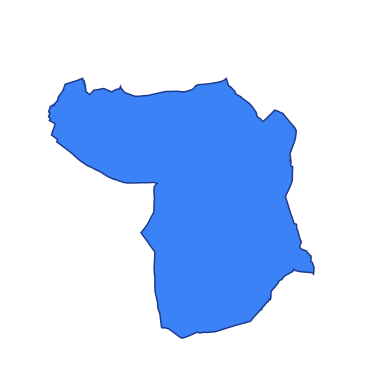 Ozolaines pag., Rezeknes, Latvia (Robinson projection), rotated 253°
{"feature_id": "27541924B10395676921147", "entity_name": "Ozolaines pag.", "entity_type": "district", "adm_level": 2, "iso_a3": "LVA", "parent_name": "Latvia", "parent_adm1": "Rezeknes", "projection": "robinson", "projection_center": [27.268, 56.437], "detail": "fine", "context": "isolated", "style": "filled", "palette": "blue", "viewbox_px": 384, "rotation_deg": 253, "n_neighbors": 0, "source": "geoboundaries", "source_scale": "gbopen_adm2", "svg_char_len": 5612}
<svg xmlns="http://www.w3.org/2000/svg" viewBox="0 0 384 384"><g transform="rotate(253 192 192)"><path d="M279.5,77.3L279.4,77.5L271.7,83.0L271.3,83.4L271.1,83.5L270.7,83.7L267.7,85.9L261.3,90.3L261.1,90.0L259.1,91.4L255.9,93.3L254.0,94.7L249.4,98.3L246.7,100.8L245.2,102.8L241.6,106.4L236.0,112.4L235.6,112.3L233.7,113.9L231.6,115.8L229.7,117.9L227.0,121.1L227.4,121.3L226.6,122.2L226.0,122.9L224.4,124.8L223.7,125.9L222.9,127.1L221.8,128.4L219.8,132.0L217.9,138.1L217.7,139.0L217.1,140.9L216.8,142.1L215.9,145.4L214.9,148.8L213.9,152.2L212.3,158.4L210.5,160.9L210.4,161.1L210.3,160.8L209.8,160.2L209.6,159.7L209.2,158.9L208.9,158.4L208.5,157.9L208.1,157.5L207.5,157.3L206.1,156.6L205.1,156.2L202.5,155.5L200.7,155.0L197.5,154.4L196.3,154.0L195.5,153.7L195.0,153.5L193.4,152.8L192.2,152.4L189.2,151.4L186.0,150.3L184.5,149.8L183.8,149.5L181.7,147.4L179.8,145.5L175.0,140.8L174.0,139.7L172.7,138.1L171.1,135.9L169.1,133.0L168.0,131.3L158.5,134.6L152.3,136.6L145.5,139.0L136.3,135.7L130.0,133.4L127.3,132.7L121.1,131.5L120.8,131.5L117.3,130.3L107.6,127.6L101.3,127.1L97.1,126.9L95.2,126.4L91.1,125.4L86.2,125.7L83.3,125.4L71.6,123.3L70.7,124.1L70.4,124.3L70.6,125.4L68.4,129.0L68.0,129.7L58.0,137.1L57.0,137.8L55.1,139.7L55.1,144.2L55.6,149.1L56.5,156.5L55.4,157.3L54.4,160.4L54.6,161.0L54.8,161.6L53.4,164.9L51.6,173.6L51.7,187.5L51.7,194.9L51.3,210.2L54.3,214.5L56.4,218.1L59.1,222.8L59.3,223.1L59.2,223.6L59.0,224.0L59.2,224.3L59.5,224.5L60.2,224.7L60.4,224.9L60.7,225.4L61.9,227.1L62.2,227.6L62.1,227.8L63.6,229.9L64.1,230.7L65.2,232.9L65.2,233.0L66.5,234.3L66.9,234.4L66.1,234.8L66.6,235.8L68.1,236.6L71.2,237.6L72.5,238.1L74.0,238.8L75.7,241.5L76.2,242.5L77.7,244.9L77.9,245.0L80.2,248.2L80.3,248.3L80.5,248.4L81.7,249.4L82.1,252.3L84.1,255.1L85.0,257.2L85.6,261.1L85.9,262.0L86.4,263.7L86.5,265.2L88.3,266.5L87.3,267.6L86.7,267.8L86.5,268.1L86.3,268.5L84.2,272.1L83.7,273.4L83.4,274.2L83.0,275.1L80.7,280.9L80.3,282.1L79.5,283.2L79.2,283.6L78.0,284.2L78.7,284.5L81.4,285.6L81.6,285.6L82.3,286.0L84.6,286.7L87.2,286.5L89.5,286.4L90.9,285.2L92.1,285.7L92.4,285.9L92.8,286.3L93.0,286.4L93.3,286.4L93.9,286.3L94.2,286.4L95.1,286.9L95.4,287.0L95.8,287.1L96.0,287.1L96.8,286.5L101.0,284.3L101.9,284.5L102.2,284.1L104.6,281.1L105.5,279.8L105.9,279.6L107.3,279.0L107.6,279.1L108.1,279.2L109.6,279.8L110.1,280.2L111.3,281.2L112.1,281.9L115.7,281.5L121.3,281.7L124.4,281.8L124.8,281.7L125.8,281.5L126.5,281.5L128.1,281.9L130.2,282.4L130.8,282.3L131.9,280.5L132.9,280.4L139.3,280.3L143.5,280.0L144.6,280.1L148.4,280.0L154.3,280.1L160.2,280.0L161.0,280.6L161.8,281.2L166.5,285.6L167.2,286.2L169.3,288.0L170.9,289.3L173.6,291.2L176.7,292.3L178.6,292.8L186.7,295.6L186.9,295.6L186.9,295.2L187.1,294.8L188.1,294.4L188.7,294.2L189.1,294.1L189.4,294.3L190.7,295.2L190.9,295.3L191.2,295.3L192.7,295.2L193.2,295.0L193.4,295.0L193.8,295.1L194.0,295.2L194.1,295.5L193.6,295.8L196.7,296.4L200.0,296.9L200.8,297.5L202.0,298.5L204.6,300.4L210.0,304.6L213.5,306.8L217.1,308.4L220.2,309.7L220.6,309.6L220.9,309.5L221.5,309.3L222.6,309.3L222.6,309.2L223.3,308.9L223.8,308.9L224.5,308.6L228.5,306.8L235.9,303.7L240.8,301.7L241.8,300.2L244.1,297.9L246.2,295.1L242.9,289.2L241.7,286.5L241.2,286.1L238.6,280.5L242.5,278.4L243.8,277.2L245.4,276.3L249.2,276.7L255.7,274.7L259.7,272.9L261.3,271.8L268.1,266.6L268.5,266.8L272.8,262.5L274.7,262.6L276.2,262.0L276.3,262.1L276.5,262.0L277.3,261.5L280.4,260.1L281.9,259.3L282.5,258.0L284.7,258.0L290.1,257.9L290.6,257.8L290.0,256.8L289.8,256.4L289.5,255.2L289.3,254.3L289.2,253.7L289.2,252.3L289.2,250.7L289.3,249.8L289.5,247.1L290.1,243.5L290.3,241.7L290.8,238.5L291.8,233.7L292.4,230.9L292.8,229.2L292.5,226.4L292.1,226.2L291.8,225.8L290.8,224.1L290.5,223.5L290.2,222.9L290.1,222.4L290.0,222.1L289.9,221.6L289.9,220.7L289.9,217.6L289.8,217.2L289.9,215.5L290.4,212.9L290.8,211.7L292.5,207.5L293.1,205.9L293.3,205.2L293.4,204.7L293.9,202.9L295.8,196.3L296.1,193.1L296.1,192.8L296.2,191.5L296.4,188.5L297.0,180.5L297.1,178.1L297.7,176.0L298.6,172.0L298.8,170.1L299.2,169.1L299.9,166.4L300.2,165.7L300.4,165.1L303.1,161.6L304.4,159.9L305.9,157.7L307.7,156.2L310.2,155.4L311.3,154.8L311.7,154.7L312.9,154.5L313.8,154.5L313.1,153.9L311.7,152.8L311.8,152.3L312.3,150.1L311.9,147.7L311.2,144.4L314.2,141.0L316.8,137.8L316.9,136.7L317.2,134.3L317.3,133.4L317.5,131.6L317.9,128.9L318.1,128.1L316.9,125.9L315.1,122.6L317.2,121.2L319.9,119.6L320.7,120.3L320.9,120.6L323.0,120.3L323.2,120.5L323.3,120.4L324.6,121.3L326.8,120.6L326.6,121.1L328.7,121.3L329.9,121.3L329.9,120.6L332.7,120.6L332.5,120.0L332.5,119.4L332.4,118.3L332.4,116.6L332.2,115.8L332.1,109.1L332.2,108.2L332.1,102.3L331.7,101.9L330.3,101.0L329.0,99.9L328.0,99.3L326.6,98.0L325.4,96.7L325.0,96.1L324.4,95.2L323.0,93.3L322.4,92.4L322.1,92.1L321.8,91.9L321.5,91.8L320.5,91.2L320.2,90.9L319.6,90.6L319.4,90.6L319.0,90.4L318.9,90.3L318.6,90.2L318.6,89.9L318.4,89.9L318.4,89.5L318.2,89.4L318.1,89.2L317.9,88.8L317.8,88.6L317.7,88.4L317.6,88.1L317.4,87.8L317.0,87.4L316.9,87.1L316.8,86.6L316.6,86.5L316.3,86.5L316.3,86.4L316.3,86.2L316.1,86.0L316.0,85.9L316.0,85.7L315.7,85.6L315.9,85.5L316.0,85.3L315.8,85.3L315.8,85.2L315.3,85.1L315.5,84.7L315.4,84.5L315.7,84.4L315.3,84.0L315.2,83.8L315.1,83.6L315.3,83.4L315.4,82.9L315.3,82.6L315.4,82.4L315.4,82.1L315.3,81.9L315.2,81.8L315.0,81.6L315.1,81.4L314.1,80.8L313.6,80.5L312.5,79.7L312.3,79.5L311.9,79.3L310.9,78.6L310.6,78.3L309.3,79.2L308.0,78.4L306.9,77.6L305.7,76.8L303.9,78.1L303.6,78.0L303.3,77.8L302.1,76.5L298.6,79.8L298.4,80.1L297.3,81.0L296.0,80.1L295.2,79.8L291.5,77.1L290.8,76.3L289.6,75.7L287.7,74.3L281.3,78.9L279.5,77.3Z" fill="#3b82f6" stroke="#1e3a8a" stroke-width="1.5"/></g></svg>